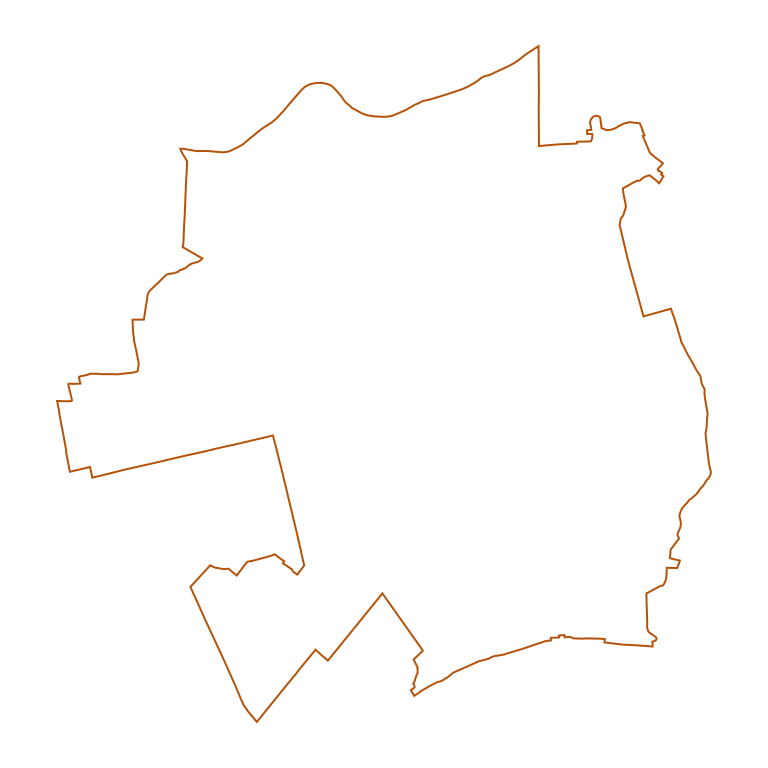 Hotarele, Giurgiu, Romania
{"feature_id": "2599482B11707962616548", "entity_name": "Hotarele", "entity_type": "district", "adm_level": 2, "iso_a3": "ROU", "parent_name": "Romania", "parent_adm1": "Giurgiu", "projection": "orthographic", "projection_center": [26.375, 44.157], "detail": "fine", "context": "isolated", "style": "outline", "palette": "amber", "viewbox_px": 768, "rotation_deg": 0, "n_neighbors": 0, "source": "geoboundaries", "source_scale": "gbopen_adm2", "svg_char_len": 6062}
<svg xmlns="http://www.w3.org/2000/svg" viewBox="0 0 768 768"><path d="M414.3,695.9L421.6,690.7L428.4,686.8L433.5,684.0L438.0,681.9L439.8,681.6L442.5,680.5L445.4,678.4L447.3,677.5L453.2,672.7L478.8,661.3L488.8,658.7L491.5,657.2L493.8,656.2L501.8,655.0L505.5,654.1L506.7,653.6L523.1,648.7L529.6,646.4L545.9,641.0L550.9,640.5L550.7,638.2L550.8,637.8L559.1,637.5L559.0,635.5L564.4,635.1L564.6,637.3L570.6,636.9L573.0,638.3L582.7,638.7L585.4,638.4L600.0,638.7L604.8,639.1L604.4,642.4L622.6,644.6L637.5,645.4L652.6,646.5L652.4,641.7L653.8,641.3L655.0,640.8L656.0,640.1L656.5,639.3L656.5,638.1L655.9,637.2L652.6,634.8L651.0,633.8L649.1,632.3L648.2,631.1L647.1,627.6L647.2,622.3L647.0,615.4L646.5,599.4L646.4,594.2L646.4,593.5L660.4,585.9L660.8,585.8L662.2,585.8L662.5,585.7L662.9,585.4L663.7,584.5L664.5,583.1L665.3,581.3L666.0,579.2L666.3,577.4L666.6,572.5L666.8,567.8L677.1,568.0L679.0,563.4L679.9,560.6L669.9,558.2L670.7,549.6L677.5,540.5L678.7,539.1L678.9,537.8L677.7,535.7L677.5,534.9L677.7,533.9L678.3,531.9L679.3,529.8L680.5,527.0L680.8,525.0L680.8,522.8L680.6,520.9L680.3,519.6L679.5,517.2L679.4,515.9L679.9,513.9L680.6,511.6L681.9,508.7L684.3,505.7L687.5,502.4L688.9,500.3L692.6,497.5L696.0,494.5L697.9,492.4L699.1,490.5L700.9,488.0L703.2,485.7L705.3,482.5L706.7,480.2L707.6,479.1L708.9,477.7L709.7,476.4L710.7,473.8L710.9,471.9L709.3,465.5L708.8,462.6L706.2,440.4L705.5,433.3L706.6,427.8L706.9,420.1L707.6,413.6L705.2,399.6L704.5,394.0L704.6,389.2L701.7,383.7L700.4,376.1L696.5,370.2L692.2,362.1L687.6,354.4L683.7,346.4L680.9,341.1L680.9,340.0L674.8,319.6L670.9,308.7L643.5,316.4L628.1,260.7L619.6,224.9L620.8,218.7L623.1,215.6L625.7,207.9L625.9,206.0L625.6,204.4L624.8,200.7L623.3,192.7L622.9,188.4L631.4,183.6L635.9,181.2L640.2,180.4L642.0,178.6L642.9,177.9L644.0,177.4L645.1,176.7L649.1,175.4L649.8,175.4L655.5,179.9L657.4,181.6L658.5,182.8L659.1,183.3L663.5,176.2L661.1,174.6L662.2,173.1L661.4,172.4L658.1,170.5L657.8,170.1L657.8,169.6L657.9,168.9L658.3,168.5L662.7,163.6L662.9,163.2L655.2,157.4L649.9,152.8L642.8,136.0L644.5,135.4L642.6,130.9L642.8,130.9L641.9,128.2L640.1,124.1L640.0,123.4L639.2,123.2L635.4,122.9L629.6,122.1L623.9,123.6L622.7,124.1L620.6,125.3L618.9,125.9L616.6,127.6L614.3,128.6L612.9,129.1L610.6,129.8L608.3,130.2L606.3,130.1L604.0,129.0L601.6,128.3L600.3,118.4L599.7,116.7L596.6,115.7L595.5,115.9L593.4,116.6L591.5,118.4L590.5,120.5L590.0,122.6L590.8,126.6L591.3,129.9L587.1,130.2L587.1,134.0L592.2,133.9L592.4,135.3L592.1,138.2L591.7,139.7L590.8,141.3L587.8,141.5L581.4,141.6L577.0,141.8L576.9,143.5L558.0,144.4L539.0,146.0L538.7,112.0L538.9,91.2L538.5,46.1L525.9,54.3L519.3,59.5L517.8,60.7L513.3,63.6L508.9,65.9L504.2,68.2L495.8,72.0L492.0,73.9L489.1,75.1L487.0,75.6L485.4,75.9L484.4,76.2L481.5,77.7L478.2,80.4L474.2,83.1L467.7,86.7L462.4,89.1L445.4,94.8L437.5,97.2L430.6,99.3L425.3,100.5L423.3,100.8L419.8,102.6L414.2,105.1L406.2,109.8L399.4,112.8L392.1,115.8L390.4,116.2L388.4,116.5L383.3,116.8L379.7,116.7L377.2,116.5L373.5,116.3L367.3,115.3L362.5,113.6L356.8,110.6L351.9,107.8L349.2,105.3L346.7,103.3L344.6,101.2L343.1,99.0L341.6,96.6L339.0,93.7L336.7,90.9L331.8,86.0L330.1,85.0L328.8,84.5L326.6,83.8L322.6,83.0L318.0,82.8L313.5,83.4L308.9,84.6L304.7,87.0L301.0,90.5L295.7,96.6L291.4,101.5L287.9,105.7L283.6,110.8L279.4,115.4L275.2,119.6L271.6,122.5L265.7,126.3L262.1,128.6L247.7,140.2L243.1,144.2L237.8,147.3L230.0,151.0L227.9,151.7L225.2,152.1L222.5,152.3L214.1,151.6L207.7,151.0L202.9,151.0L196.6,151.1L183.4,148.8L180.3,148.7L181.1,150.8L182.1,152.9L183.7,155.6L185.2,158.0L187.1,161.1L186.9,166.0L186.9,167.4L186.6,173.0L186.3,177.6L186.1,182.2L186.0,183.7L185.8,187.9L185.8,189.8L185.6,192.5L185.4,197.9L185.3,200.4L185.2,204.1L185.0,207.7L184.6,218.3L184.4,219.9L184.0,228.2L183.4,242.8L183.3,243.2L183.2,244.1L182.7,247.2L184.1,247.9L189.2,250.9L195.1,254.2L199.9,257.1L202.4,258.4L201.7,259.2L201.1,259.8L200.2,260.5L197.8,262.0L195.7,262.5L193.7,263.0L190.9,263.9L190.7,264.4L189.9,264.5L189.1,265.1L188.1,265.9L186.7,267.0L185.2,268.4L184.2,268.5L183.6,268.7L182.9,269.3L181.7,269.6L180.7,269.9L179.9,270.2L178.9,270.9L178.3,271.5L177.6,272.0L174.7,272.9L173.1,273.3L171.7,273.5L170.1,273.7L169.0,273.9L167.3,274.3L166.4,274.8L164.9,276.1L163.3,277.6L158.4,282.6L156.3,284.4L151.5,289.0L150.3,290.2L148.9,291.9L148.4,292.7L148.0,293.6L147.5,295.3L147.4,295.9L147.1,299.1L146.6,302.3L146.2,304.1L146.0,305.6L143.9,319.6L142.0,319.6L139.6,319.6L132.5,319.7L132.9,328.3L133.0,330.6L133.4,334.9L134.0,338.6L133.8,339.6L136.4,351.4L137.5,357.0L138.6,362.6L138.6,365.4L137.7,370.7L137.0,371.6L136.0,372.0L132.7,372.6L118.6,374.2L116.0,374.3L108.2,374.1L103.7,374.1L102.0,374.2L98.1,373.8L91.8,373.7L89.5,373.9L87.8,374.7L84.2,375.6L82.6,375.8L79.2,376.7L79.0,377.7L80.4,383.6L73.9,383.9L70.3,383.7L68.6,383.7L68.3,384.6L72.0,400.2L71.6,401.0L66.7,401.3L57.1,401.0L58.9,410.0L59.6,415.3L63.4,435.0L66.2,450.3L66.1,451.8L69.2,468.3L69.9,471.8L90.0,467.0L91.3,472.9L92.3,477.6L97.5,476.4L103.4,475.0L125.8,469.4L136.9,466.9L153.7,463.1L181.2,456.6L203.9,451.6L214.2,449.1L227.8,445.9L228.4,445.9L231.8,445.2L251.4,440.6L272.9,435.5L275.5,445.3L277.2,451.8L279.8,462.6L281.1,467.4L283.4,476.8L284.0,479.5L287.1,492.3L288.0,496.3L291.1,509.0L293.1,517.5L297.3,534.9L298.6,541.0L300.6,549.3L302.0,556.1L304.2,565.5L297.3,574.6L293.2,571.7L292.0,569.4L282.9,563.2L284.2,561.4L274.7,554.3L270.4,556.0L251.2,561.2L251.1,560.9L247.0,562.0L236.7,575.5L228.5,568.7L223.2,569.1L214.7,567.5L211.6,566.0L210.3,565.3L191.7,585.5L190.4,586.9L198.4,604.5L203.4,615.8L206.7,623.0L222.1,656.1L234.2,683.1L241.2,699.7L243.6,705.0L248.3,711.7L256.8,721.9L260.6,717.3L285.9,686.0L296.4,673.3L298.3,670.7L315.5,649.7L321.8,655.4L327.9,660.6L382.4,593.4L422.9,650.6L423.3,650.4L413.6,659.5L413.8,659.9L417.6,667.5L417.5,668.0L417.5,668.7L417.5,669.6L417.7,670.6L417.6,672.1L417.6,672.7L417.4,673.3L417.1,674.1L416.1,676.3L414.6,681.1L413.8,682.8L413.3,683.7L414.0,685.1L414.4,686.0L414.6,686.6L414.6,686.9L414.6,687.1L414.5,687.4L414.1,687.7L413.5,688.3L410.8,690.2L412.9,693.6L414.3,695.9Z" fill="none" stroke="#b45309" stroke-width="2"/></svg>